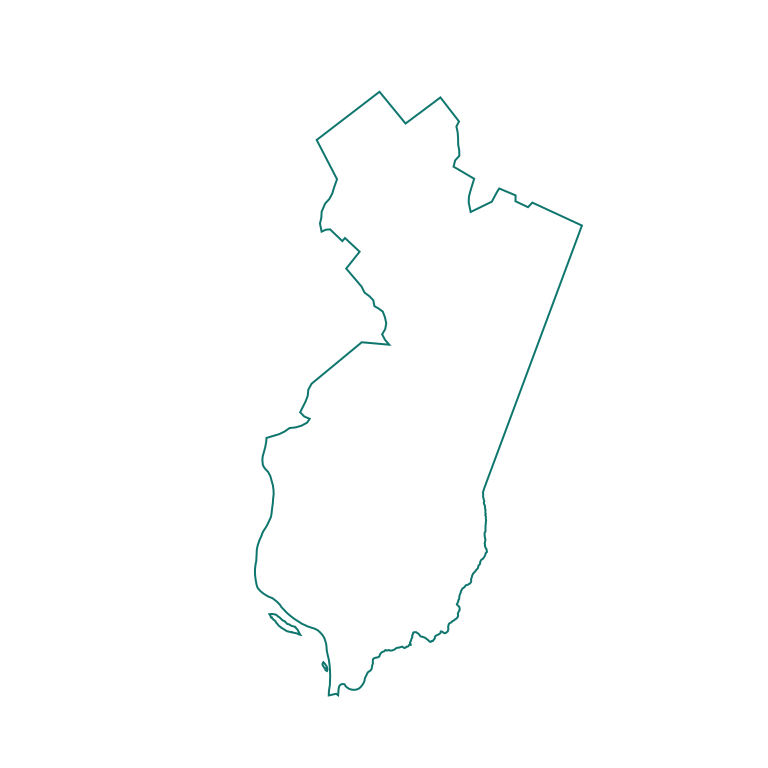 Capital, Misiones, Argentina (Robinson projection), rotated 227°
{"feature_id": "61730980B30289947598516", "entity_name": "Capital", "entity_type": "district", "adm_level": 2, "iso_a3": "ARG", "parent_name": "Argentina", "parent_adm1": "Misiones", "projection": "robinson", "projection_center": [-55.968, -27.541], "detail": "fine", "context": "isolated", "style": "outline", "palette": "teal", "viewbox_px": 768, "rotation_deg": 227, "n_neighbors": 0, "source": "geoboundaries", "source_scale": "gbopen_adm2", "svg_char_len": 6132}
<svg xmlns="http://www.w3.org/2000/svg" viewBox="0 0 768 768"><g transform="rotate(227 384 384)"><path d="M364.9,636.8L415.5,616.2L415.1,609.9L428.0,604.8L432.2,608.9L448.4,601.6L447.4,597.7L443.8,587.2L450.7,564.7L458.9,569.7L463.1,573.9L466.4,579.1L472.6,589.9L495.5,583.1L499.0,588.5L499.5,594.7L503.5,598.3L508.6,601.6L513.1,605.7L517.8,609.5L523.0,612.6L524.8,617.9L555.1,620.7L559.8,577.4L600.8,580.0L608.4,501.2L565.8,489.3L561.7,481.4L558.6,476.1L556.6,470.2L556.1,464.0L552.6,456.0L548.4,451.6L545.0,446.6L538.0,442.3L536.5,446.7L533.9,450.0L516.9,451.0L517.4,455.0L497.4,456.4L494.2,435.1L470.5,434.0L464.1,432.1L458.2,433.2L452.6,433.3L447.5,430.1L443.3,431.4L437.8,432.5L432.2,430.2L426.9,427.1L423.3,422.3L421.6,416.5L415.8,414.9L409.2,414.6L429.7,396.2L433.6,331.2L431.4,324.7L427.4,320.2L424.7,314.7L420.5,303.4L414.7,303.5L409.2,305.9L408.2,301.4L409.7,295.4L412.5,289.8L416.2,284.9L417.0,279.0L418.8,273.2L424.7,261.3L422.2,258.6L419.2,254.6L417.0,251.2L413.9,246.1L411.4,243.2L407.6,240.3L405.6,239.6L402.6,239.2L398.9,239.3L394.3,238.1L385.6,233.6L381.7,230.8L378.9,228.4L375.3,224.2L372.8,221.6L368.4,216.2L365.7,213.1L363.8,210.5L362.6,207.6L361.0,203.7L359.8,200.1L358.8,195.9L357.7,192.9L356.6,191.0L354.6,186.2L352.1,181.5L349.4,177.8L344.0,172.3L341.6,169.8L339.8,167.2L336.8,163.6L333.3,160.3L329.8,157.6L324.6,154.2L321.6,152.7L319.7,152.4L316.7,152.4L313.5,152.8L310.1,153.6L306.8,154.7L303.3,156.4L297.4,157.3L293.3,157.3L290.7,156.8L286.8,156.9L282.5,156.9L276.9,157.6L272.6,158.4L269.3,159.3L264.7,160.4L260.5,162.2L259.6,162.4L251.8,166.7L248.9,167.6L245.5,167.9L242.6,167.8L239.1,167.2L233.6,164.6L231.1,162.8L228.4,160.6L225.4,158.7L219.8,155.5L215.0,152.1L211.4,149.2L206.5,144.9L204.2,142.5L200.7,139.1L199.0,136.8L196.6,133.9L193.9,131.2L190.1,137.7L187.7,138.2L191.9,142.8L193.4,144.9L193.7,146.0L193.7,146.8L193.6,147.7L193.1,148.7L191.7,150.1L191.1,150.3L189.9,150.1L189.2,149.8L188.5,149.8L186.1,150.3L184.6,150.7L183.4,151.4L181.9,152.4L180.7,153.6L179.6,155.0L179.3,155.7L179.1,155.9L178.9,156.4L178.5,157.5L178.3,159.0L178.3,160.3L178.5,162.0L179.1,164.7L179.6,166.0L180.5,167.7L181.5,168.9L182.0,169.9L184.0,175.1L184.1,175.8L184.0,176.8L183.8,177.7L183.7,178.6L183.9,180.1L184.3,180.9L185.4,182.4L186.2,183.4L186.6,184.1L187.0,185.0L187.8,185.9L188.6,186.4L189.1,187.1L189.8,187.7L190.2,188.2L190.2,188.9L190.2,189.6L189.6,191.0L189.2,191.8L188.6,192.4L188.3,193.1L188.2,193.9L187.9,194.5L188.1,195.3L188.6,196.0L189.2,197.3L189.3,199.6L188.4,201.8L188.5,203.5L188.4,203.7L188.1,203.8L187.2,204.2L186.5,205.3L186.2,206.1L184.9,206.6L183.8,207.9L183.7,208.0L182.7,210.4L182.5,212.6L182.4,212.9L182.3,213.1L181.8,214.3L181.1,215.0L179.5,218.2L178.8,218.3L178.3,218.4L176.8,219.0L176.6,219.9L176.5,220.4L176.5,221.4L176.0,221.8L175.6,223.0L176.0,224.0L176.0,224.8L175.0,225.5L175.3,226.0L176.4,226.2L176.9,226.4L177.5,227.5L177.8,228.3L177.9,228.8L178.9,230.2L179.3,231.5L179.7,232.3L180.7,232.8L180.9,233.3L181.2,234.4L182.0,235.2L182.2,236.3L181.6,237.0L181.2,237.5L180.7,238.2L179.2,238.5L178.5,238.8L177.9,238.9L176.6,238.8L176.1,238.8L175.2,238.6L174.0,238.8L173.1,239.6L172.5,239.8L171.9,240.3L170.5,240.9L169.6,241.2L168.0,241.3L167.0,241.6L166.5,241.6L165.0,241.6L163.8,242.0L163.5,242.3L163.6,243.1L163.5,243.6L162.7,244.4L163.0,245.4L163.1,246.6L163.2,247.0L163.2,247.6L164.2,248.6L164.5,249.5L164.5,250.1L164.3,251.4L163.8,252.5L163.5,253.8L163.4,254.6L163.4,255.5L163.8,256.0L164.3,256.7L163.7,257.3L163.1,257.7L162.5,257.8L161.9,257.8L161.2,258.0L160.3,258.5L159.8,259.1L159.7,260.6L159.6,261.8L160.3,263.1L161.4,264.4L162.3,265.0L163.0,265.7L163.5,266.6L164.2,267.5L164.3,268.4L164.1,269.7L163.8,270.5L163.8,271.6L163.9,272.5L163.4,273.7L163.4,274.9L163.2,276.1L163.1,277.3L163.1,278.0L163.4,279.2L163.8,279.9L164.3,280.5L164.8,280.8L165.7,281.3L166.0,282.0L166.5,283.3L166.9,284.1L167.1,285.2L167.9,285.8L168.4,286.4L169.4,286.9L170.2,287.1L171.6,286.9L172.5,286.9L173.2,287.0L173.5,288.0L174.0,289.0L174.2,289.9L175.2,290.9L175.5,292.3L176.1,293.1L176.7,293.7L177.1,294.0L177.8,295.1L178.5,296.4L178.9,297.4L179.4,298.3L179.8,298.7L180.7,301.0L180.9,301.9L180.6,303.8L180.6,304.5L180.9,306.0L180.9,306.6L180.5,307.6L180.0,308.3L179.9,309.0L179.8,309.9L179.4,310.8L179.6,311.5L179.9,312.8L180.6,313.6L181.6,314.3L182.1,314.8L182.5,315.9L182.7,316.3L183.7,317.7L184.2,319.1L184.6,319.9L184.6,320.4L184.7,321.3L184.7,322.2L185.0,324.3L185.2,324.8L185.1,325.9L185.3,327.1L186.8,329.4L186.7,330.8L187.2,331.9L187.8,332.4L188.4,333.3L189.0,334.9L189.0,335.7L188.9,336.4L188.7,337.3L189.0,338.1L189.1,338.9L189.1,339.5L190.2,341.9L190.7,342.7L191.0,343.1L190.9,344.6L191.3,345.1L192.0,345.4L192.4,345.6L193.1,346.2L193.5,346.4L194.6,346.4L195.0,346.7L196.6,347.2L197.5,348.2L198.6,348.7L199.1,349.5L199.6,350.1L200.7,351.7L201.0,351.9L201.6,352.5L203.1,353.1L203.9,353.9L205.2,354.7L205.7,355.4L206.6,356.2L206.9,357.4L207.7,358.5L208.6,359.1L209.5,360.1L210.4,360.9L211.1,361.6L212.0,362.6L212.6,363.5L213.2,363.9L214.1,364.9L214.4,365.5L216.3,366.8L217.1,367.7L218.3,368.5L219.0,368.6L219.5,369.8L219.8,370.0L220.4,370.1L221.2,370.8L222.7,372.4L223.8,372.8L225.6,374.4L227.2,375.2L228.0,375.3L229.3,376.2L229.8,377.4L231.3,378.1L232.9,379.0L233.8,379.4L235.9,381.5L236.6,382.0L237.1,382.2L239.6,386.6L364.9,636.8ZM290.4,142.1L289.9,142.6L289.8,142.4L288.2,142.5L286.7,142.5L284.7,142.9L283.1,142.4L281.3,142.4L279.5,142.2L275.9,142.7L274.1,143.2L270.9,144.0L269.3,144.5L268.1,145.3L267.0,146.1L265.9,146.7L265.5,147.5L264.9,147.4L264.6,147.6L263.2,148.7L261.0,150.2L258.9,151.0L257.7,151.8L259.4,152.1L261.4,152.7L263.1,153.2L263.7,153.3L264.9,153.2L266.6,153.4L266.6,153.2L266.9,153.2L267.8,152.9L269.7,151.7L270.6,151.3L273.1,150.6L274.4,149.6L276.7,149.6L278.5,149.5L280.0,148.7L280.6,148.7L281.6,148.6L284.7,148.4L285.9,148.0L287.5,147.9L289.1,147.6L290.3,146.7L291.5,145.9L293.1,144.2L293.8,143.2L292.0,142.9L290.4,142.1ZM215.1,146.2L214.3,146.1L213.0,146.6L213.7,147.9L215.0,148.7L216.6,149.5L218.6,149.7L219.9,150.0L220.8,149.9L221.9,149.9L221.7,148.9L221.0,147.9L220.1,147.4L217.2,146.7L216.2,147.2L215.1,146.2Z" fill="none" stroke="#0f766e" stroke-width="2"/></g></svg>